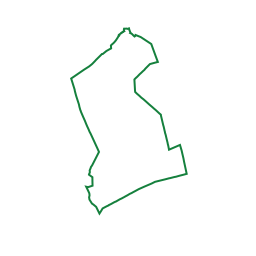 La Pe, Oaxaca, Mexico (orthographic projection), rotated 27°
{"feature_id": "50627088B903406016502", "entity_name": "La Pe", "entity_type": "district", "adm_level": 2, "iso_a3": "MEX", "parent_name": "Mexico", "parent_adm1": "Oaxaca", "projection": "orthographic", "projection_center": [-96.796, 16.623], "detail": "fine", "context": "isolated", "style": "outline", "palette": "green", "viewbox_px": 256, "rotation_deg": 27, "n_neighbors": 0, "source": "geoboundaries", "source_scale": "gbopen_adm2", "svg_char_len": 2331}
<svg xmlns="http://www.w3.org/2000/svg" viewBox="0 0 256 256"><g transform="rotate(27 128 128)"><path d="M141.9,211.2L144.4,207.6L145.9,205.7L145.9,205.4L147.3,203.6L149.5,200.3L150.3,199.3L150.5,199.2L153.1,195.2L154.3,193.7L158.5,187.5L159.4,186.0L160.2,185.0L160.9,184.1L161.6,183.0L162.8,181.3L165.4,177.5L165.5,177.4L169.2,172.8L174.3,166.7L176.5,163.7L184.5,156.8L187.5,154.1L188.2,153.6L191.6,150.6L192.8,149.7L195.6,147.1L198.8,144.3L201.1,142.2L193.2,132.5L191.2,129.9L188.4,126.6L185.9,123.6L185.5,123.2L182.0,119.5L174.4,128.7L172.2,125.9L171.4,124.9L171.2,124.8L169.8,123.0L167.2,120.0L165.6,118.1L165.2,117.6L164.1,116.4L163.0,115.3L162.8,114.9L161.9,113.9L159.6,111.1L158.9,110.3L158.2,109.6L152.0,102.3L151.8,102.1L151.2,101.2L149.4,100.8L144.5,99.4L142.3,98.9L140.5,98.4L136.3,97.4L131.1,96.0L128.8,95.4L126.1,94.9L123.4,94.1L120.5,93.4L119.8,93.2L118.0,92.6L117.1,91.2L111.7,81.9L111.7,81.7L112.3,79.8L112.9,78.3L114.0,74.7L114.7,72.9L115.6,70.3L116.2,68.9L116.5,67.3L118.5,61.1L122.0,57.9L124.6,55.6L119.6,51.0L110.6,42.6L98.0,41.2L92.5,41.7L92.7,42.7L92.3,43.5L91.4,43.3L88.8,42.4L87.8,42.3L87.4,42.4L87.2,42.4L86.9,42.4L87.0,42.0L87.0,41.9L86.2,41.4L85.8,40.9L85.4,40.7L83.6,38.8L82.8,39.8L81.8,40.0L79.4,41.3L79.6,42.1L79.8,42.3L80.5,43.4L80.7,43.5L80.1,44.3L79.8,44.5L79.9,44.8L79.4,45.1L79.3,45.6L78.8,46.4L79.0,46.6L78.6,47.0L78.2,48.0L77.7,48.9L78.1,49.2L77.7,49.8L78.1,50.3L77.8,50.9L77.8,51.9L77.4,55.5L76.9,57.7L76.6,58.7L76.3,59.5L75.8,60.7L75.3,62.2L76.8,64.7L73.8,69.2L71.9,73.5L71.2,73.9L68.8,81.2L68.7,81.4L68.1,83.7L68.0,84.0L67.1,86.9L66.8,87.7L65.4,90.8L62.4,95.9L54.9,109.7L63.0,118.0L63.8,119.1L66.3,121.9L67.5,123.2L69.2,124.9L73.6,129.3L75.1,131.2L76.5,132.7L77.4,133.7L78.0,134.1L78.5,134.7L81.0,136.8L83.3,138.7L86.4,141.2L87.3,142.0L88.9,143.4L91.3,145.4L92.0,145.9L94.2,147.7L94.9,148.3L95.1,148.5L96.3,149.4L96.7,149.6L100.8,152.8L107.5,158.1L109.8,159.9L111.4,161.2L113.0,162.5L113.0,168.5L113.0,173.3L113.0,176.3L113.0,177.6L112.7,179.7L112.9,180.5L113.1,183.2L113.9,184.4L114.2,185.1L114.2,186.3L114.4,187.3L118.6,188.0L120.7,192.0L122.6,195.5L119.3,198.8L117.4,199.3L121.1,202.1L123.0,203.6L123.5,204.2L124.2,205.3L124.4,205.7L124.8,207.4L126.2,209.3L130.2,211.7L131.9,211.9L135.4,212.7L141.4,217.2L141.7,214.2L141.9,211.2Z" fill="none" stroke="#15803d" stroke-width="2"/></g></svg>